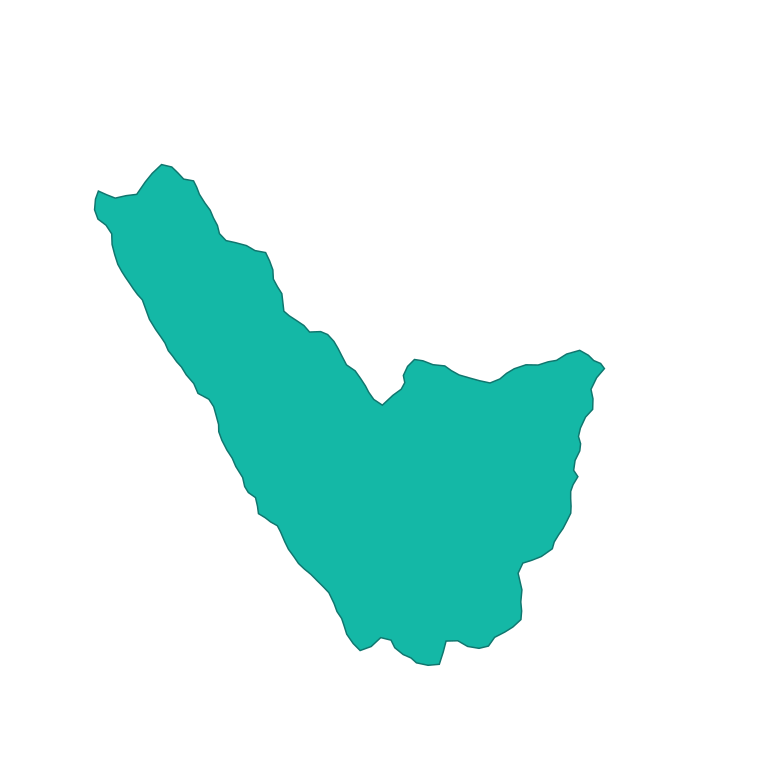 outline of Natércia, Minas Gerais, Brazil, rotated 250°
{"feature_id": "56859067B44259547062603", "entity_name": "Natércia", "entity_type": "district", "adm_level": 2, "iso_a3": "BRA", "parent_name": "Brazil", "parent_adm1": "Minas Gerais", "projection": "equal_earth", "projection_center": [-45.499, -22.144], "detail": "fine", "context": "isolated", "style": "filled", "palette": "teal", "viewbox_px": 768, "rotation_deg": 250, "n_neighbors": 0, "source": "geoboundaries", "source_scale": "gbopen_adm2", "svg_char_len": 2379}
<svg xmlns="http://www.w3.org/2000/svg" viewBox="0 0 768 768"><g transform="rotate(250 384 384)"><path d="M115.8,432.1L123.6,435.7L132.4,438.0L143.4,443.2L160.3,445.3L168.2,453.2L167.8,462.9L168.1,472.9L171.6,485.8L177.3,489.9L182.5,496.4L187.0,502.8L192.4,508.7L198.7,515.3L205.2,518.0L212.4,520.2L219.2,522.7L224.7,527.2L230.6,534.5L238.0,532.7L246.8,537.4L254.2,545.1L260.6,548.3L268.2,548.8L275.4,553.5L284.0,562.1L288.8,571.4L298.6,575.3L308.2,576.7L317.2,586.0L323.1,596.4L329.2,594.6L334.3,589.1L341.1,585.9L348.7,579.4L349.7,565.8L347.2,554.2L348.7,545.9L349.1,535.4L353.5,523.9L353.8,511.6L352.1,502.8L349.1,494.6L348.7,484.0L354.4,474.9L360.3,466.6L366.8,457.7L373.6,451.8L380.2,447.3L385.4,436.6L392.5,428.5L396.6,421.0L392.5,412.2L385.4,405.1L378.2,404.0L373.2,398.4L370.3,388.4L364.7,375.2L373.0,369.1L381.5,366.8L388.5,365.9L396.3,364.1L406.2,361.4L414.8,355.3L425.4,353.9L432.9,353.0L441.2,351.5L449.7,348.0L454.9,342.4L458.3,331.8L466.2,328.8L473.4,323.6L480.6,318.2L486.7,314.8L495.0,316.8L503.8,318.9L511.7,317.2L520.4,315.9L529.3,318.6L538.8,318.6L548.0,317.7L553.5,308.4L561.1,302.1L567.6,292.8L572.8,284.6L581.6,280.8L589.9,281.7L598.5,280.5L606.7,280.1L615.3,277.6L625.4,275.4L633.0,275.3L640.0,274.5L645.1,265.8L652.9,262.5L660.5,258.8L666.3,250.0L661.2,238.2L655.6,228.9L646.8,216.5L649.2,206.0L650.6,195.0L656.7,188.1L663.0,181.6L656.4,176.1L646.7,171.6L636.8,171.6L628.3,177.1L618.2,179.5L608.1,176.2L597.7,175.2L587.5,174.8L579.3,176.1L572.9,177.5L565.2,179.5L558.7,181.1L552.3,183.0L545.7,185.7L537.1,185.7L525.0,185.7L513.2,188.1L503.6,190.7L497.4,192.2L489.1,192.7L482.6,194.9L475.8,196.8L469.2,199.5L460.3,201.3L449.5,205.4L438.8,206.0L429.6,214.2L420.9,216.2L413.0,215.6L402.5,214.7L395.7,212.4L386.7,212.4L375.6,213.8L366.2,216.0L357.2,216.5L344.5,219.2L335.3,218.0L328.4,219.4L321.2,224.4L312.4,223.3L305.1,221.7L299.0,226.6L293.1,230.3L287.3,235.3L280.4,236.2L269.8,236.8L261.4,237.7L252.4,240.3L244.5,242.3L237.3,245.9L230.1,250.2L221.6,254.1L214.4,257.5L206.8,260.8L194.9,262.0L186.2,262.0L178.1,264.0L170.2,263.8L161.6,263.4L150.6,266.3L141.7,270.4L141.7,282.2L146.8,294.2L140.9,303.0L132.5,303.9L123.2,309.5L117.3,315.7L110.9,319.1L104.6,329.2L101.7,340.1L111.9,348.0L121.2,354.4L117.5,365.5L108.8,372.8L103.1,382.9L102.0,392.5L108.1,401.3L109.6,412.8L111.6,422.1L115.8,432.1Z" fill="#14b8a6" stroke="#0f766e" stroke-width="1.5"/></g></svg>